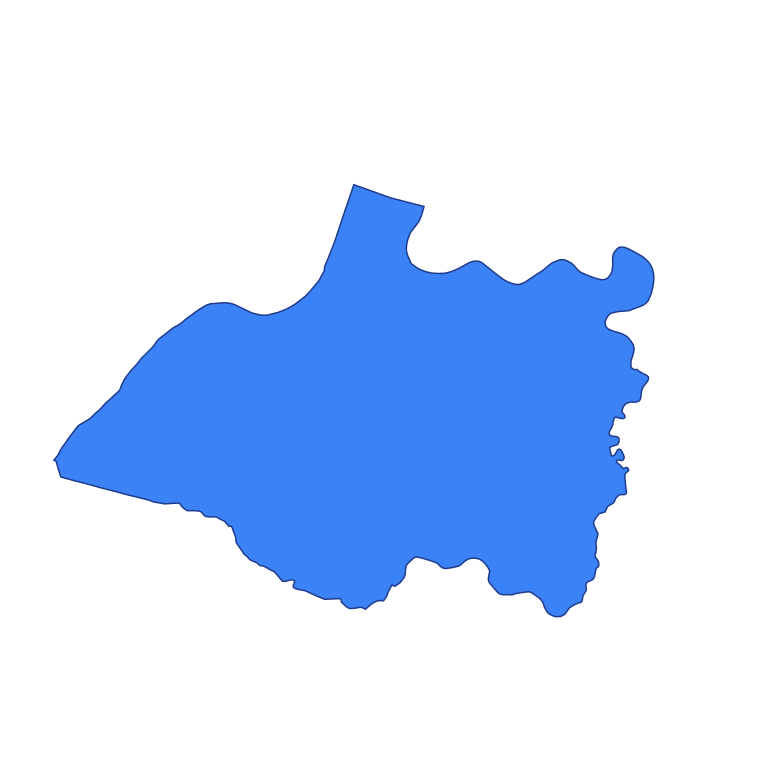 Nga Son, Thanh Hóa, Vietnam (Mercator projection), rotated 204°
{"feature_id": "81297802B47963627673209", "entity_name": "Nga Son", "entity_type": "district", "adm_level": 2, "iso_a3": "VNM", "parent_name": "Vietnam", "parent_adm1": "Thanh Hóa", "projection": "mercator", "projection_center": [105.976, 20.004], "detail": "fine", "context": "isolated", "style": "filled", "palette": "blue", "viewbox_px": 768, "rotation_deg": 204, "n_neighbors": 0, "source": "geoboundaries", "source_scale": "gbopen_adm2", "svg_char_len": 6171}
<svg xmlns="http://www.w3.org/2000/svg" viewBox="0 0 768 768"><g transform="rotate(204 384 384)"><path d="M158.9,500.2L160.7,499.0L162.6,499.1L165.1,499.6L166.1,502.0L166.9,503.3L167.9,506.2L168.2,510.4L168.8,514.1L169.9,518.2L172.5,521.4L175.3,523.3L179.1,525.3L181.7,526.2L184.0,526.5L186.6,526.7L189.9,526.5L194.5,525.7L198.7,525.4L201.6,525.5L203.5,526.1L204.4,526.6L205.8,528.2L207.4,530.9L207.5,533.0L207.3,535.5L206.8,538.4L205.0,541.3L201.5,544.0L198.7,545.9L194.4,548.2L190.0,550.7L180.1,560.5L178.0,563.5L177.1,565.5L176.6,567.3L176.5,568.7L176.6,574.9L177.3,579.2L178.0,582.4L179.1,586.5L180.9,591.3L183.0,594.9L185.6,598.3L187.6,600.2L189.3,601.4L192.2,603.1L199.2,605.5L210.1,606.6L217.1,606.9L220.0,606.6L221.9,606.0L223.6,605.2L224.7,604.4L226.0,602.4L226.8,600.0L227.2,598.2L227.3,596.4L227.0,594.3L226.3,591.9L223.0,584.8L221.5,579.1L221.6,576.3L222.6,572.3L223.7,570.4L224.8,569.4L226.0,568.5L227.0,568.0L229.0,567.4L234.0,566.6L242.8,566.0L250.2,566.1L253.1,566.9L258.9,569.6L262.0,570.6L267.2,571.0L269.1,570.9L271.2,570.3L273.9,568.9L276.8,566.1L279.7,563.0L281.0,560.7L285.6,551.5L289.1,546.4L296.5,534.5L298.7,532.1L300.0,530.8L301.6,529.5L304.0,528.7L307.4,527.9L310.6,527.7L313.5,527.7L317.7,528.1L326.0,530.0L342.8,534.4L346.0,534.8L347.8,534.5L350.1,533.6L352.8,532.1L355.8,529.2L362.9,519.7L366.6,515.7L369.1,513.3L373.2,510.1L378.1,507.6L381.7,506.1L385.8,504.7L390.6,503.7L396.5,503.3L399.4,503.3L402.4,503.8L408.1,505.0L412.3,508.9L413.6,509.9L415.2,511.6L417.2,514.0L418.8,517.0L420.3,521.8L421.1,525.8L421.4,533.1L418.2,546.7L418.3,553.4L419.6,562.4L453.9,556.7L492.6,553.8L489.9,523.7L487.0,494.4L486.2,476.3L486.0,467.7L485.5,465.2L484.8,464.3L484.7,463.2L485.5,451.9L489.5,437.8L491.6,432.2L497.3,421.4L500.5,416.8L504.3,412.0L509.8,406.4L518.5,399.5L520.0,398.7L523.5,397.3L526.6,396.4L532.9,395.3L534.2,395.2L550.7,395.7L553.7,395.7L558.0,395.0L559.7,394.5L561.4,393.9L564.2,392.6L575.2,386.7L578.5,383.6L582.2,378.4L585.9,372.5L587.7,369.0L590.3,364.7L591.8,361.9L593.5,358.2L595.1,355.5L596.3,353.6L598.6,350.8L599.7,349.1L607.6,334.2L608.3,332.8L609.3,328.7L609.7,325.8L610.7,322.5L612.0,319.3L613.8,314.4L615.9,309.4L617.9,301.5L621.1,291.7L623.0,283.1L623.3,275.9L622.9,270.7L626.5,262.5L628.2,258.4L630.0,254.6L630.9,252.4L631.8,249.3L633.5,244.5L635.5,240.3L638.2,233.4L638.8,232.3L645.4,223.0L646.5,221.0L647.2,218.5L650.6,203.8L650.9,201.3L652.2,195.5L652.6,192.8L653.0,186.1L654.6,180.1L654.2,180.0L652.5,180.4L641.5,167.6L628.1,169.6L617.2,171.5L599.8,174.1L584.6,176.7L576.3,177.9L551.6,182.3L547.6,182.4L545.2,182.8L539.1,184.5L535.7,185.2L527.2,189.7L522.9,191.8L522.0,191.7L518.7,189.8L517.7,189.4L513.9,188.4L512.0,188.3L506.8,190.7L501.8,192.6L500.5,192.8L498.8,192.7L496.1,191.5L494.8,190.7L493.0,190.6L491.7,190.8L488.8,191.8L484.1,194.0L482.7,194.4L480.3,194.0L473.8,193.7L467.8,190.9L467.0,191.2L466.4,191.8L465.9,192.0L465.5,191.9L463.4,190.2L461.2,187.7L458.5,185.1L456.4,182.6L455.0,179.6L454.2,178.8L442.1,171.4L440.2,171.1L437.9,170.3L436.4,169.5L434.6,169.0L433.6,168.8L427.9,169.0L426.2,168.6L424.4,167.9L423.6,167.8L422.8,167.8L420.6,168.5L419.0,168.6L416.6,168.5L413.1,168.0L407.9,167.9L402.2,165.3L396.7,162.5L393.7,163.7L390.5,166.3L388.5,167.7L386.7,168.0L385.2,167.2L384.9,162.6L384.0,161.4L382.9,161.1L379.7,161.2L371.8,163.1L359.2,162.9L350.7,163.2L336.8,170.1L335.4,169.3L334.2,167.4L327.7,165.2L324.8,164.9L322.1,165.8L318.0,168.2L315.5,170.0L313.8,170.8L309.3,170.8L306.1,177.8L302.4,182.7L299.7,184.5L296.2,185.8L295.2,191.3L295.6,196.6L295.0,203.7L292.6,203.5L291.6,204.0L290.6,205.4L288.4,209.2L287.0,215.2L287.3,218.9L289.0,223.7L289.8,227.2L289.4,229.3L286.5,236.5L285.0,238.4L283.2,239.5L276.2,240.7L268.7,241.6L263.5,242.0L261.5,241.7L259.4,240.7L257.1,240.0L255.4,239.9L254.1,240.1L252.1,240.8L246.9,244.1L241.8,247.9L240.3,250.0L239.1,253.1L236.3,258.0L232.8,260.7L229.6,262.0L226.5,262.8L223.5,262.6L221.7,262.2L218.3,260.9L214.6,258.8L212.3,257.1L211.3,255.9L210.2,251.0L209.2,247.9L208.4,246.7L206.7,245.2L198.3,241.1L194.4,239.5L192.5,239.4L189.7,239.8L185.8,241.7L181.3,243.5L178.5,246.0L175.8,247.9L169.2,252.0L167.4,252.9L166.2,253.4L164.3,253.4L155.4,251.7L152.7,250.6L150.8,249.5L149.3,248.4L146.8,245.5L143.5,242.9L141.3,241.6L138.6,241.0L135.1,240.9L133.3,241.1L131.0,241.9L128.0,243.6L127.0,244.7L125.4,247.0L125.2,247.0L123.5,255.0L121.7,257.8L119.8,260.3L117.1,263.2L115.5,264.3L115.1,265.0L114.8,266.2L116.1,271.7L115.3,277.5L115.7,278.8L118.0,282.8L118.0,284.5L117.8,285.7L114.2,289.6L113.4,291.4L113.4,293.9L115.1,301.4L114.8,302.8L113.9,304.4L114.1,305.9L114.8,307.4L115.8,308.9L117.5,310.2L119.2,311.1L121.0,312.4L121.8,314.2L121.8,316.1L122.5,318.0L122.9,320.0L124.7,323.0L126.4,326.7L127.0,332.2L127.8,334.4L134.2,340.0L135.8,341.9L136.4,344.1L136.0,347.5L135.2,351.2L134.6,353.3L133.0,354.3L129.9,357.2L130.0,361.7L129.6,363.5L128.6,365.1L126.3,368.1L125.7,369.9L125.9,373.3L124.6,377.2L123.6,378.8L119.6,380.6L118.4,381.8L118.2,382.9L118.7,384.2L120.5,386.9L125.8,396.2L127.1,400.3L126.6,401.7L125.9,403.1L125.3,404.6L126.7,406.2L127.6,406.6L128.7,406.3L130.2,404.8L131.1,404.2L131.7,404.3L132.8,404.9L135.4,406.0L137.6,406.5L139.6,407.4L140.3,408.1L140.3,408.8L139.8,409.5L138.8,410.0L136.2,410.6L135.2,411.0L134.5,412.2L134.6,414.4L135.2,415.4L136.3,416.5L138.4,418.5L140.1,419.8L140.9,420.1L142.7,420.2L143.3,419.6L143.8,418.8L144.3,413.8L144.7,412.7L145.5,411.4L146.3,410.9L147.3,411.2L151.1,416.2L152.0,418.0L149.5,420.6L147.1,422.6L146.0,423.8L145.8,425.4L145.9,427.1L146.5,428.6L147.0,429.4L147.7,430.2L148.5,430.5L149.7,430.6L151.1,430.3L152.7,429.6L154.5,429.2L156.2,429.1L157.8,429.8L158.6,430.9L158.8,432.6L158.4,434.4L158.3,437.4L158.4,439.1L158.7,440.7L159.3,442.4L159.7,446.4L159.6,447.3L158.9,447.8L157.9,448.2L154.5,448.7L151.7,449.5L150.7,450.4L150.4,451.7L150.8,452.6L151.8,453.5L154.5,454.9L155.4,455.6L155.8,456.7L156.1,459.5L155.8,462.0L155.2,464.1L153.3,466.3L151.1,468.0L148.0,469.2L145.5,470.7L143.9,472.7L143.7,473.4L143.7,475.3L146.0,483.0L146.1,485.8L146.0,487.3L144.8,491.6L144.3,494.4L144.5,496.3L145.2,497.9L146.6,498.5L148.3,498.8L151.6,498.9L156.8,499.5L158.9,500.2Z" fill="#3b82f6" stroke="#1e3a8a" stroke-width="1.5"/></g></svg>